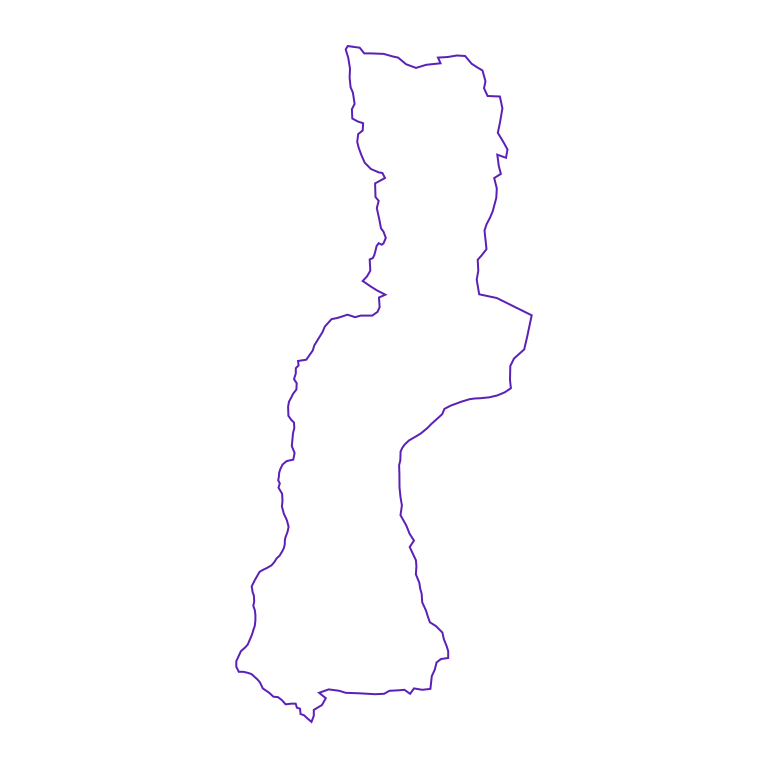 outline of Xerovounos, Nicosia, Cyprus
{"feature_id": "46923920B79378418277595", "entity_name": "Xerovounos", "entity_type": "district", "adm_level": 2, "iso_a3": "CYP", "parent_name": "Cyprus", "parent_adm1": "Nicosia", "projection": "natural_earth1", "projection_center": [32.72, 35.13], "detail": "fine", "context": "isolated", "style": "outline", "palette": "violet", "viewbox_px": 768, "rotation_deg": 0, "n_neighbors": 0, "source": "geoboundaries", "source_scale": "gbopen_adm2", "svg_char_len": 3338}
<svg xmlns="http://www.w3.org/2000/svg" viewBox="0 0 768 768"><path d="M499.9,96.5L487.6,96.0L484.0,88.2L485.5,81.4L482.5,70.5L477.3,67.4L471.7,63.8L465.1,56.0L456.9,55.5L447.7,57.0L438.0,57.6L440.5,63.3L426.2,64.8L416.0,67.9L406.2,64.3L398.1,57.6L392.9,56.5L383.7,53.9L370.9,53.4L364.3,53.4L359.7,47.7L347.7,46.1L345.7,49.4L348.3,58.0L350.0,68.7L349.6,77.6L350.6,87.3L352.9,92.6L354.6,103.9L351.9,109.2L352.3,118.5L357.8,121.5L363.1,123.2L362.7,130.5L358.2,134.1L357.2,141.8L358.8,148.1L361.4,155.1L364.7,162.7L370.9,169.0L378.8,172.4L382.4,173.0L385.0,178.0L375.1,183.4L375.5,197.0L378.7,200.9L376.8,208.1L378.3,214.9L379.5,220.4L381.0,228.3L383.5,231.7L385.8,237.9L383.5,243.4L381.8,244.7L378.7,243.2L376.6,246.0L375.5,250.6L374.3,255.1L372.8,258.1L369.7,259.4L370.3,270.7L367.0,276.4L362.7,281.0L370.6,286.4L376.8,290.3L385.3,294.7L379.0,297.5L379.6,307.2L377.5,311.9L372.2,315.6L366.7,315.6L360.8,315.6L355.0,317.2L351.3,315.9L347.3,314.7L342.7,316.3L336.8,318.1L331.6,319.1L324.8,326.6L322.6,331.9L314.3,345.4L312.8,350.4L306.3,359.7L298.0,361.0L298.6,365.4L295.8,368.2L295.8,373.5L294.0,379.1L296.7,383.2L296.4,389.5L293.0,393.9L291.5,397.0L289.0,401.7L288.1,406.7L288.4,415.8L291.2,419.8L294.0,422.6L294.3,428.0L293.0,433.3L291.8,446.1L294.6,453.0L293.3,459.6L286.6,461.1L282.5,464.6L280.1,469.6L279.2,472.7L278.8,477.1L278.2,480.2L279.8,483.4L278.5,487.7L282.1,493.7L282.5,501.1L281.9,506.5L283.9,513.9L285.6,517.4L287.0,520.6L288.6,526.8L287.6,531.6L285.4,537.6L284.8,540.6L284.8,544.0L283.9,548.0L282.3,551.2L279.5,555.8L276.6,558.4L274.4,562.0L271.4,565.4L266.9,568.0L263.1,569.8L259.6,571.8L254.8,580.1L251.7,586.3L252.6,592.0L253.9,595.7L254.2,601.4L253.3,605.8L254.8,610.1L255.4,614.8L255.4,620.5L254.8,625.8L253.6,629.2L252.0,634.6L249.6,640.2L247.7,644.6L245.2,647.4L240.9,651.2L236.3,661.2L236.3,666.8L238.8,671.8L243.4,671.8L247.7,672.8L251.4,674.0L254.5,676.8L257.6,679.6L260.0,682.5L262.8,688.4L269.1,692.7L273.4,696.7L277.9,697.1L281.9,700.1L285.6,704.3L291.0,703.7L295.7,703.7L296.9,707.7L300.0,708.7L300.6,714.1L303.8,715.1L307.3,718.3L311.5,721.9L313.8,715.8L313.8,709.9L322.0,705.0L325.8,698.2L319.1,692.8L328.7,689.4L339.3,690.8L345.6,692.8L359.1,693.3L375.0,694.2L384.1,693.8L389.4,690.8L398.6,690.3L404.4,689.8L410.1,693.8L414.0,688.4L422.2,689.8L430.4,688.9L431.8,676.1L434.7,669.8L436.6,662.4L441.0,659.0L448.2,658.0L448.2,651.2L446.7,646.3L443.8,639.0L442.4,632.6L436.1,626.2L429.9,622.3L428.0,617.0L426.0,610.6L422.2,602.3L421.7,594.0L420.2,588.6L419.3,582.7L415.9,574.4L416.4,566.1L415.9,560.2L409.7,547.0L414.0,540.6L409.6,533.8L406.3,525.5L400.5,515.2L401.9,505.4L400.5,497.1L399.5,487.3L399.4,474.0L399.1,465.2L400.3,460.5L400.6,451.4L402.4,447.7L404.6,444.6L408.9,440.5L413.2,438.0L420.6,433.6L427.4,428.0L431.1,424.2L442.2,414.2L444.4,408.9L450.5,405.7L457.3,403.2L461.3,401.7L469.6,399.2L474.6,398.5L480.7,398.2L489.4,397.3L497.4,395.4L504.8,392.3L510.9,388.2L510.0,380.1L510.3,366.0L514.0,358.5L524.2,349.4L527.0,337.5L531.7,315.3L515.3,307.2L496.7,298.0L479.2,294.3L476.7,279.7L478.3,270.7L477.7,259.8L481.6,255.4L486.5,249.1L484.5,230.5L486.6,224.2L490.1,217.5L492.7,211.3L494.8,203.5L496.3,197.8L496.8,188.4L494.2,178.0L500.9,173.9L498.8,166.1L497.3,154.7L506.0,157.8L507.5,149.5L502.9,141.2L497.8,132.8L499.9,123.0L502.4,108.4L499.9,96.5Z" fill="none" stroke="#5b21b6" stroke-width="2"/></svg>